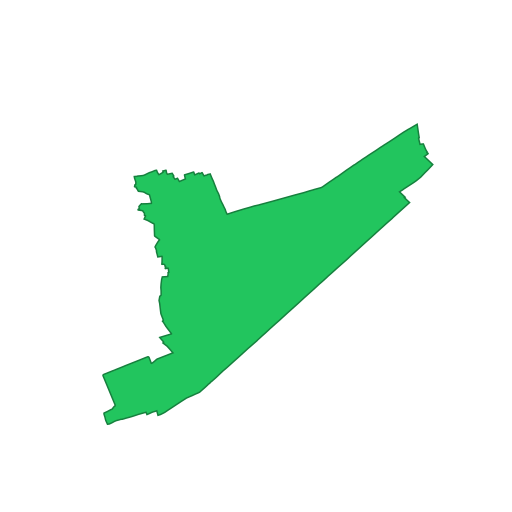 Phutthamonthon, Nakhon Pathom, Thailand (Natural Earth projection), rotated 70°
{"feature_id": "78962969B43033268258309", "entity_name": "Phutthamonthon", "entity_type": "district", "adm_level": 2, "iso_a3": "THA", "parent_name": "Thailand", "parent_adm1": "Nakhon Pathom", "projection": "natural_earth1", "projection_center": [100.276, 13.834], "detail": "fine", "context": "isolated", "style": "filled", "palette": "green", "viewbox_px": 512, "rotation_deg": 70, "n_neighbors": 0, "source": "geoboundaries", "source_scale": "gbopen_adm2", "svg_char_len": 5679}
<svg xmlns="http://www.w3.org/2000/svg" viewBox="0 0 512 512"><g transform="rotate(70 256 256)"><path d="M337.3,287.6L336.0,284.2L335.5,283.3L334.7,281.3L333.2,277.7L331.6,273.6L329.2,268.0L326.2,260.5L324.5,256.1L323.4,253.5L320.1,245.5L315.0,232.8L312.1,225.9L309.2,218.7L306.1,211.0L304.1,206.3L302.7,202.6L300.5,197.2L299.6,195.2L297.8,190.6L294.4,182.2L290.6,172.4L288.2,166.9L284.1,156.8L282.4,152.7L280.2,147.3L277.8,141.3L275.3,135.3L273.3,130.4L270.0,122.3L267.3,115.3L266.6,113.9L258.3,93.4L254.8,95.2L251.9,96.6L251.7,95.8L244.8,99.2L244.0,95.6L243.6,94.4L242.3,88.8L241.0,83.1L240.1,79.7L238.2,74.2L235.4,68.6L233.9,65.3L231.3,60.1L230.5,58.6L225.7,61.0L220.1,63.8L218.7,59.3L218.5,59.2L218.4,59.2L217.2,60.1L216.8,59.8L216.8,59.7L216.7,59.6L214.9,60.0L212.8,60.2L208.1,60.4L208.0,60.5L207.9,60.5L207.3,62.9L207.2,63.7L205.7,63.5L201.0,63.0L200.8,62.9L200.8,62.3L200.7,62.2L196.5,61.4L187.3,59.5L188.9,68.3L189.1,69.8L189.7,72.7L190.0,74.4L191.3,79.8L193.0,86.5L195.1,95.6L195.4,97.2L195.8,98.7L196.2,100.4L196.4,101.5L197.9,107.3L199.8,115.7L200.5,118.3L201.6,123.2L202.1,124.8L202.8,127.8L203.9,131.7L204.0,132.8L205.4,138.0L206.2,141.3L207.6,146.2L208.4,149.0L209.0,151.1L209.4,152.8L209.5,153.8L209.6,154.1L210.5,157.3L211.0,159.3L211.5,161.4L211.9,162.9L213.7,169.4L213.8,169.8L214.0,171.1L214.0,171.7L213.4,178.8L213.4,179.6L213.1,183.3L212.8,189.7L212.0,198.4L210.2,221.7L209.7,227.5L209.5,229.9L209.1,234.3L209.0,236.1L208.4,240.4L208.1,245.8L207.7,250.8L207.2,259.9L207.0,264.9L206.9,268.8L205.4,269.0L204.1,269.1L203.1,269.1L201.9,269.0L201.1,269.1L198.6,269.4L197.0,269.5L193.1,270.0L189.9,270.2L188.9,270.2L188.4,270.0L187.6,269.9L186.3,269.9L184.7,269.9L180.9,270.4L179.8,270.4L176.8,270.4L174.4,270.5L171.3,270.5L167.7,270.8L165.2,270.9L163.2,271.0L163.2,272.1L162.9,273.0L162.9,273.3L163.2,275.2L163.1,275.4L163.0,275.6L162.9,275.8L163.0,277.3L162.9,277.5L159.3,278.1L159.2,278.2L159.2,278.3L159.5,280.7L159.4,280.9L158.6,281.1L158.5,281.3L158.8,285.8L158.6,285.9L155.9,285.8L155.7,286.0L155.6,290.1L155.3,295.4L155.4,295.5L159.2,296.0L159.4,296.0L159.5,297.1L159.8,302.5L156.1,303.2L156.1,303.3L156.2,305.8L153.3,306.7L153.2,306.7L152.9,306.0L152.8,305.9L152.6,305.9L149.6,306.5L148.9,311.3L148.3,311.5L147.4,311.6L144.7,311.2L144.6,311.3L144.3,314.5L144.8,314.5L145.5,314.6L145.9,316.4L146.4,319.4L146.3,319.5L143.4,320.1L141.5,320.1L141.4,320.2L141.3,320.3L141.1,321.9L141.3,325.0L141.2,327.6L141.3,328.7L141.8,333.3L141.7,334.7L141.2,336.9L141.0,337.7L140.4,339.8L140.5,340.1L140.5,340.3L139.7,343.2L141.2,343.5L145.2,343.6L145.7,343.7L147.6,344.5L147.8,344.7L147.6,345.2L147.6,345.3L149.2,346.4L149.4,346.4L150.6,344.8L151.4,345.2L151.6,345.2L152.4,344.8L152.7,344.7L152.9,344.7L154.6,344.5L154.8,344.4L155.0,344.3L156.7,340.9L157.0,340.4L157.9,339.2L159.7,337.8L160.6,336.9L161.9,335.3L162.1,335.2L169.2,335.8L170.7,336.2L170.8,336.3L170.4,337.6L169.7,340.3L168.1,345.1L167.8,345.6L167.7,345.8L168.0,346.3L168.3,347.0L169.3,348.8L169.4,349.0L169.6,349.1L171.9,349.5L172.0,349.5L171.7,350.5L172.1,351.0L172.3,351.0L172.5,351.0L172.6,350.8L174.4,347.5L174.8,346.9L175.3,346.9L175.6,346.9L177.3,346.3L177.5,346.2L179.4,346.8L179.7,346.9L179.8,346.8L180.3,346.1L180.7,346.2L183.0,348.5L185.7,345.5L190.0,341.8L190.6,341.0L191.2,340.9L191.4,340.9L191.8,340.9L196.1,342.4L202.3,344.4L202.6,344.4L203.6,343.8L207.4,341.2L207.7,341.1L207.8,341.1L208.0,341.2L208.1,341.4L208.2,341.8L208.6,342.5L209.3,343.5L211.8,346.6L213.0,347.8L213.8,347.7L214.3,347.6L214.9,347.6L217.3,347.7L217.6,347.8L217.9,348.1L218.0,348.1L220.7,348.3L222.5,348.5L223.3,348.6L223.7,346.7L224.0,345.3L224.0,344.9L224.1,344.6L224.2,344.4L224.4,344.4L229.6,346.4L231.5,347.3L231.7,347.1L232.2,345.4L232.4,345.2L233.8,344.7L234.1,344.7L234.7,345.0L234.9,345.0L235.0,344.9L235.4,344.5L235.5,344.5L236.4,345.5L236.7,345.5L236.8,345.5L236.9,345.4L237.3,342.9L237.5,342.7L240.9,343.4L241.4,343.4L241.5,343.5L241.5,344.2L241.5,344.3L243.0,344.8L245.1,346.0L243.6,351.2L245.8,352.7L249.7,354.7L253.1,356.2L256.3,357.1L257.7,357.6L260.2,358.5L260.4,358.8L260.6,359.0L260.9,360.1L261.1,360.2L261.3,360.4L264.4,362.2L264.6,362.3L267.9,362.8L273.3,364.1L277.2,365.0L277.8,365.1L278.6,365.1L283.4,365.0L284.8,365.1L285.3,366.2L285.5,366.2L285.9,365.9L286.4,365.7L291.4,364.7L300.1,362.0L300.3,362.1L299.6,374.2L299.6,374.3L301.1,373.8L305.2,372.2L305.4,372.2L305.9,373.2L310.3,370.4L314.5,368.7L318.6,367.2L318.8,374.9L319.0,383.5L319.0,384.0L319.1,384.4L319.2,384.9L320.1,387.1L320.8,389.0L321.1,390.2L321.2,390.8L321.0,391.1L315.0,391.2L314.4,391.3L314.1,391.5L313.8,391.8L313.7,392.1L313.7,394.2L314.0,402.5L314.4,416.8L314.5,418.2L315.2,439.3L315.3,439.9L315.4,440.2L315.6,440.5L315.9,440.6L316.2,440.7L324.9,440.3L347.9,439.3L348.7,439.7L348.7,439.8L348.7,440.3L349.4,441.6L350.1,442.7L350.5,443.2L350.7,443.6L350.7,444.7L351.3,448.9L351.6,452.5L352.4,452.9L356.5,453.1L357.5,453.3L359.3,453.4L363.3,453.1L363.7,451.2L363.4,448.1L363.0,445.7L362.9,443.7L363.2,440.2L363.2,439.2L363.7,437.3L363.7,436.8L363.8,436.2L363.9,433.7L364.0,432.6L364.2,430.5L364.4,427.5L364.5,424.9L364.6,420.6L364.8,418.2L365.2,412.8L367.7,412.7L367.6,410.7L367.4,408.2L367.3,407.1L367.3,406.0L367.4,404.8L367.5,403.7L367.5,402.2L372.2,402.6L372.3,400.0L371.9,396.5L371.7,395.1L370.5,390.4L370.3,389.4L368.2,380.7L367.6,378.1L367.1,376.1L365.7,369.9L365.2,362.1L365.0,360.1L364.9,357.5L364.7,355.6L361.7,348.0L360.5,345.2L360.2,344.8L360.0,344.1L359.9,343.5L359.8,343.1L359.0,341.8L358.9,341.3L358.5,340.1L358.0,338.9L357.7,338.1L356.6,335.3L352.8,326.6L350.9,321.5L346.7,311.1L345.5,308.1L341.5,298.3L340.1,295.0L339.3,292.8L338.0,289.4L337.3,287.6Z" fill="#22c55e" stroke="#15803d" stroke-width="1.5"/></g></svg>